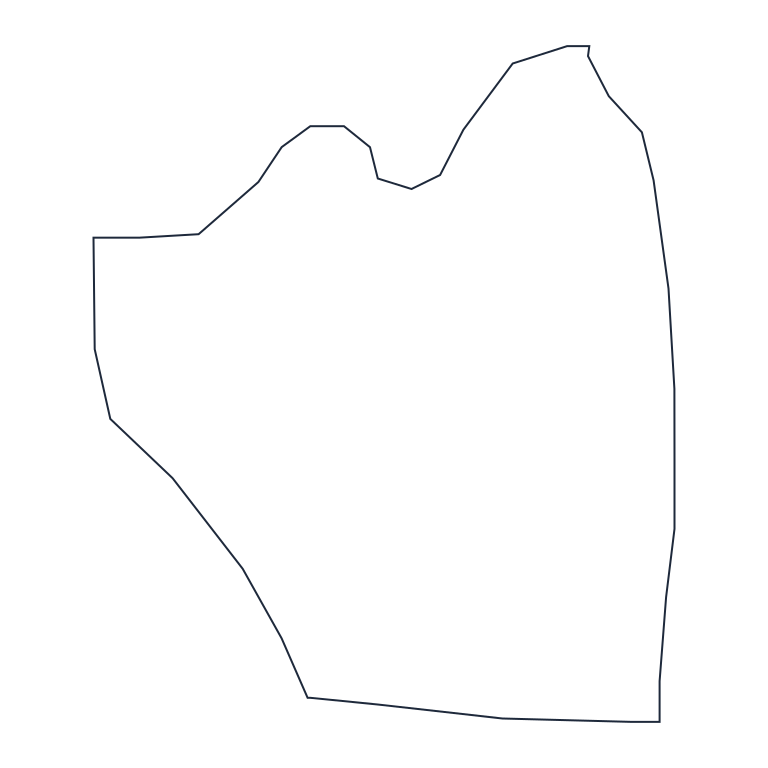 Zrnovci, Albers equal-area conic projection
{"feature_id": "MKD-2924", "entity_name": "Zrnovci", "entity_type": "Statistical Region", "adm_level": 1, "iso_a3": "MKD", "parent_name": "North Macedonia", "parent_adm1": "", "projection": "albers", "projection_center": [22.41, 41.829], "detail": "fine", "context": "isolated", "style": "outline", "palette": "slate", "viewbox_px": 768, "rotation_deg": 0, "n_neighbors": 0, "source": "natural_earth", "source_scale": "10m", "svg_char_len": 564}
<svg xmlns="http://www.w3.org/2000/svg" viewBox="0 0 768 768"><path d="M307.6,697.8L281.6,638.3L242.7,568.8L172.6,478.2L110.3,418.9L94.7,349.2L93.5,237.7L138.9,237.7L198.6,234.2L258.4,182.0L281.7,147.1L310.3,126.2L344.0,126.2L370.0,147.2L377.8,178.5L411.5,189.0L440.1,175.0L463.4,129.7L512.7,63.5L567.2,46.1L589.3,46.1L588.0,56.1L608.8,96.2L641.9,132.3L653.6,180.4L668.5,288.5L674.4,388.9L674.5,460.8L674.5,528.9L666.1,597.1L659.6,681.2L659.6,721.9L632.4,721.9L502.4,718.5L377.7,704.5L310.2,697.8L307.6,697.8Z" fill="none" stroke="#1e293b" stroke-width="2"/></svg>